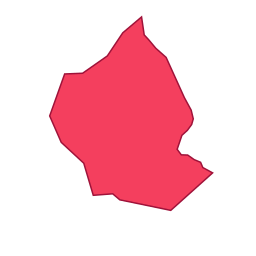 an SVG outline of Skriveru, rotated 153°
{"feature_id": "LVA-5731", "entity_name": "Skriveru", "entity_type": "Municipality", "adm_level": 1, "iso_a3": "LVA", "parent_name": "Latvia", "parent_adm1": "", "projection": "orthographic", "projection_center": [25.072, 56.673], "detail": "fine", "context": "isolated", "style": "filled", "palette": "rose", "viewbox_px": 256, "rotation_deg": 153, "n_neighbors": 0, "source": "natural_earth", "source_scale": "10m", "svg_char_len": 498}
<svg xmlns="http://www.w3.org/2000/svg" viewBox="0 0 256 256"><g transform="rotate(153 128 128)"><path d="M127.3,35.2L167.9,67.7L171.5,76.3L189.5,83.8L183.4,116.7L194.0,145.5L192.3,174.3L159.9,204.9L143.6,197.4L113.7,201.6L89.4,215.2L65.5,220.8L71.3,203.6L69.5,197.2L67.0,186.3L62.0,173.6L64.0,129.4L63.6,115.2L65.7,106.5L69.7,102.2L76.1,99.0L83.3,97.0L93.9,86.7L92.7,79.9L87.1,76.8L83.4,69.8L78.9,64.5L79.3,58.8L73.0,49.6L127.3,35.2Z" fill="#f43f5e" stroke="#9f1239" stroke-width="1.5"/></g></svg>